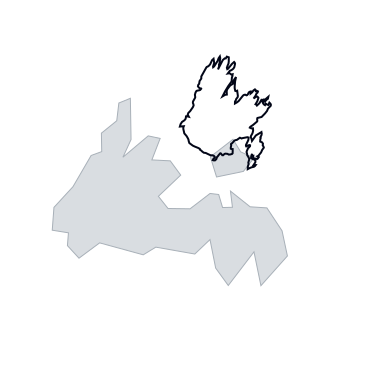 Ireland and the surrounding countries, rotated 132°
{"feature_id": "IRL", "entity_name": "Ireland", "entity_type": "country or territory", "adm_level": 0, "iso_a3": "IRL", "parent_name": "Europe", "parent_adm1": "", "projection": "natural_earth1", "projection_center": [-8.443, 53.42], "detail": "fine", "context": "with_neighbors", "style": "outline", "palette": "ink", "viewbox_px": 384, "rotation_deg": 132, "n_neighbors": 1, "source": "natural_earth", "source_scale": "50m", "svg_char_len": 4444}
<svg xmlns="http://www.w3.org/2000/svg" viewBox="0 0 384 384"><g transform="rotate(132 192 192)"><path d="M153.6,201.9L125.4,196.8L129.6,182.7L125.3,168.7L142.3,167.6L164.4,183.8L153.6,201.9ZM217.7,214.1L220.3,198.8L205.8,182.2L181.0,177.6L176.0,170.5L183.1,158.9L176.3,151.7L165.6,164.0L164.1,138.9L153.7,125.7L160.6,99.1L175.7,78.3L215.5,78.1L195.0,105.9L237.2,102.5L232.7,123.5L215.3,146.8L236.2,148.4L257.2,182.0L271.3,186.2L291.6,226.6L316.8,231.7L315.2,248.7L305.0,256.5L313.9,270.3L295.8,284.3L267.7,284.0L232.3,291.4L222.4,286.1L208.9,298.7L189.4,295.6L174.8,305.9L163.6,300.5L193.8,272.4L212.4,266.6L179.6,262.1L173.5,251.5L195.0,243.3L183.4,229.0L187.0,211.7L217.7,214.1Z" fill="#d9dde1" stroke="#a8b0b8" stroke-width="1"/><path d="M132.5,169.8L129.3,171.4L128.8,172.1L127.9,174.6L127.8,175.4L126.7,176.7L125.8,178.2L124.6,178.8L122.9,179.3L122.0,179.7L120.7,179.5L119.2,179.5L118.4,180.1L118.5,180.5L118.9,180.9L120.3,181.6L121.8,182.2L121.6,182.8L120.8,183.4L115.7,184.9L114.2,185.9L113.7,186.5L114.2,187.5L118.3,190.6L119.0,190.9L119.6,192.7L123.2,193.5L124.7,194.6L126.0,194.9L128.7,194.8L129.9,195.2L130.5,194.9L130.8,194.3L133.2,192.8L133.9,192.1L133.5,191.2L132.9,190.5L134.4,189.1L136.1,187.7L136.9,187.7L138.4,188.6L139.6,189.7L139.8,190.7L140.0,191.3L141.1,192.8L141.9,193.3L143.9,193.5L144.4,194.1L144.0,196.2L144.3,196.9L146.4,196.9L148.6,196.7L149.4,196.8L150.2,196.4L151.4,195.9L153.2,196.1L154.0,197.0L154.4,197.9L152.9,198.3L151.3,198.1L150.6,198.7L150.5,199.9L151.1,201.5L152.2,202.6L153.0,205.1L153.8,207.9L154.9,209.5L155.1,211.6L155.0,212.6L155.2,214.5L154.7,215.1L155.1,216.8L156.4,220.4L157.0,222.4L157.4,226.7L156.5,228.3L155.3,229.9L154.6,231.7L154.0,233.7L153.6,236.9L151.0,240.6L149.9,241.6L148.6,242.1L151.5,244.8L149.2,245.9L146.6,246.3L143.8,245.6L142.0,245.7L140.4,246.6L139.8,247.1L139.3,246.8L138.2,244.7L137.4,246.9L135.8,247.6L133.0,247.5L128.4,248.1L126.6,248.7L125.8,249.7L125.3,250.8L124.6,251.5L123.7,251.9L120.1,252.7L119.4,253.0L117.8,254.9L115.6,256.0L113.8,256.3L112.2,255.2L111.5,254.6L110.7,254.2L108.3,254.3L109.1,254.6L109.6,255.4L109.8,256.8L109.5,258.3L108.3,259.0L106.8,259.1L104.5,260.6L101.5,261.0L99.9,262.4L89.8,264.7L89.2,264.7L87.8,264.1L86.3,263.9L84.8,264.0L80.6,265.3L78.6,265.1L81.2,261.9L84.7,260.3L85.1,259.8L83.9,259.6L77.3,260.7L74.9,261.7L72.6,262.0L73.7,260.5L76.7,258.5L78.3,257.5L79.3,257.2L80.4,256.0L83.5,254.7L73.4,257.4L70.8,257.1L70.2,256.3L68.1,256.7L67.3,254.8L70.4,252.0L72.2,250.8L74.3,250.1L76.4,249.2L77.1,248.0L76.2,247.7L70.1,248.0L67.2,247.7L67.3,246.8L67.9,245.8L70.9,244.1L72.6,243.8L74.0,244.0L75.4,244.4L76.6,245.0L80.0,244.7L78.6,243.6L78.4,241.3L77.3,240.6L78.7,239.6L80.3,238.9L83.0,236.8L83.9,236.5L89.2,235.9L94.9,234.8L100.5,233.3L97.6,232.4L96.3,231.3L94.0,233.6L92.4,234.5L87.9,234.9L86.5,234.7L84.4,234.0L83.8,234.2L83.2,234.8L80.2,235.9L77.1,236.2L80.8,234.1L85.4,230.6L86.5,229.5L87.9,227.5L87.5,226.7L86.5,226.2L89.9,222.2L91.1,221.5L93.2,221.4L94.8,220.7L95.5,220.7L96.1,220.5L97.5,219.3L95.4,218.6L93.2,218.2L86.4,218.6L85.5,218.5L84.7,218.1L84.1,217.6L83.7,216.2L83.2,215.9L81.7,215.9L80.2,216.4L79.1,216.3L78.1,215.7L79.7,214.3L77.6,214.0L75.4,214.3L73.6,213.9L73.6,213.0L74.4,212.1L73.4,211.3L73.1,210.3L74.3,209.8L75.5,210.0L78.1,209.2L81.3,208.8L78.5,208.1L77.4,207.4L77.4,206.4L77.6,205.6L80.8,204.2L84.3,203.5L84.0,202.6L84.3,201.6L80.8,201.3L77.4,202.0L77.8,200.0L78.6,198.3L78.8,197.1L78.6,195.9L77.0,196.4L76.8,194.7L76.2,193.5L73.8,194.3L73.9,192.7L74.5,191.6L75.8,191.1L77.0,191.3L79.3,191.3L81.5,190.5L84.7,190.3L89.7,190.5L93.2,192.9L94.1,192.5L95.5,191.0L96.1,190.8L101.4,191.5L104.6,192.3L105.5,192.1L105.0,190.4L103.9,189.3L105.3,187.8L107.0,186.8L108.1,186.3L110.8,185.7L111.9,185.1L112.7,183.2L113.9,181.6L107.3,182.4L101.0,180.5L102.0,179.2L103.3,178.4L105.6,177.8L105.8,177.1L107.0,176.6L108.9,175.1L108.2,173.1L108.6,171.6L110.0,170.7L110.4,169.3L111.0,168.3L113.8,168.0L116.5,167.1L117.4,167.1L120.6,166.9L121.7,167.3L121.4,165.7L123.3,165.5L124.1,165.8L124.4,166.9L125.3,167.7L125.6,169.0L125.0,170.0L124.0,170.7L124.9,171.5L123.5,172.9L125.1,172.3L127.2,170.9L127.1,169.8L126.7,168.4L126.1,167.1L126.4,165.7L127.6,164.8L130.8,164.3L129.4,162.7L130.6,162.6L131.9,162.9L133.7,164.2L135.7,165.2L137.7,165.9L135.8,167.5L133.4,168.6L132.5,169.8ZM76.7,200.7L76.6,201.4L75.1,200.5L74.4,199.5L70.2,199.0L71.9,198.0L72.8,198.3L75.7,198.3L76.5,198.7L76.7,200.7Z" fill="none" stroke="#020617" stroke-width="2"/></g></svg>